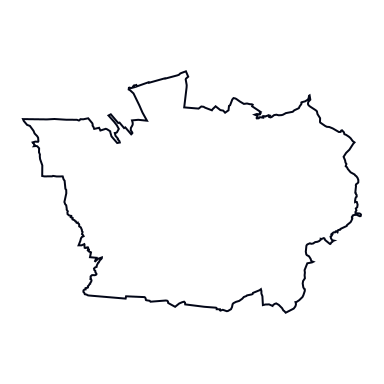 the district of Valenii De Munte, Prahova, Romania
{"feature_id": "2599482B21871651399137", "entity_name": "Valenii De Munte", "entity_type": "district", "adm_level": 2, "iso_a3": "ROU", "parent_name": "Romania", "parent_adm1": "Prahova", "projection": "natural_earth1", "projection_center": [26.048, 45.192], "detail": "fine", "context": "isolated", "style": "outline", "palette": "ink", "viewbox_px": 384, "rotation_deg": 0, "n_neighbors": 0, "source": "geoboundaries", "source_scale": "gbopen_adm2", "svg_char_len": 5944}
<svg xmlns="http://www.w3.org/2000/svg" viewBox="0 0 384 384"><path d="M299.2,300.2L302.5,297.0L303.4,295.1L304.8,290.9L304.8,289.2L304.1,288.8L303.3,287.3L302.7,283.5L303.1,281.0L304.9,278.3L304.6,275.2L304.9,272.7L304.6,270.1L307.3,263.3L312.0,262.4L313.2,261.8L311.6,261.2L311.2,260.7L310.6,258.8L309.0,256.3L306.8,255.1L306.3,254.4L305.8,251.7L306.4,245.8L306.8,245.0L307.4,244.4L309.9,243.3L311.2,243.8L313.1,243.5L315.2,242.1L317.4,241.8L319.1,241.1L320.7,239.7L320.7,238.8L321.5,239.0L323.8,238.1L324.4,238.4L325.2,240.1L329.6,243.7L330.1,244.0L330.5,243.8L331.4,242.4L332.4,241.8L332.6,241.1L333.9,240.6L332.1,240.2L331.0,238.3L330.6,236.6L331.3,236.3L332.2,234.7L331.3,234.5L331.3,234.3L333.5,232.4L335.1,232.3L335.7,231.3L336.2,231.3L337.5,232.3L337.7,231.8L337.5,230.7L338.4,230.0L340.0,229.8L340.5,229.3L340.5,228.9L346.7,226.0L347.1,225.0L350.3,222.4L350.9,221.7L352.2,219.0L352.3,218.5L351.9,218.0L351.9,217.0L352.4,216.8L352.7,215.5L354.0,215.0L356.6,214.8L359.7,216.2L360.6,216.1L361.0,214.8L360.7,214.2L359.7,213.5L355.5,213.2L355.5,211.8L356.4,210.4L355.8,208.5L357.2,207.2L357.6,204.7L356.8,202.0L355.8,201.8L355.1,202.1L355.1,200.5L355.5,198.2L356.2,196.9L356.7,196.6L356.6,194.9L356.0,194.2L355.7,192.8L355.3,192.7L356.0,186.1L355.8,185.2L356.1,184.3L357.7,183.1L358.3,182.3L358.3,179.9L357.5,177.8L356.4,176.3L355.1,175.3L354.6,174.5L350.6,172.3L347.8,169.0L347.0,167.3L345.7,166.2L346.4,164.0L345.5,162.6L345.1,160.4L343.6,156.8L346.1,152.9L349.4,149.7L353.2,143.8L354.5,142.4L352.7,141.1L350.6,138.2L348.9,136.7L346.0,134.8L344.4,134.2L343.9,132.3L342.0,130.3L341.2,130.6L340.6,131.9L338.9,132.0L332.7,128.4L329.3,127.0L326.9,126.8L325.4,126.1L320.3,122.6L320.0,122.0L320.1,118.2L317.5,114.1L316.9,111.3L315.7,110.2L310.0,106.5L308.7,105.4L308.1,104.5L308.0,103.1L308.4,101.7L310.3,99.7L309.6,95.4L309.0,95.8L308.8,97.5L308.0,99.5L305.2,101.3L301.5,102.3L301.3,102.7L301.5,103.5L301.2,104.3L299.7,106.3L298.8,108.2L294.3,110.3L292.7,111.8L285.9,113.1L283.0,114.7L281.6,115.1L278.7,115.3L276.4,114.7L274.1,115.1L271.8,116.9L270.6,117.4L269.1,117.0L269.0,116.6L269.8,115.6L268.4,115.2L268.1,115.7L266.2,116.0L265.6,116.5L263.8,116.1L262.7,116.3L262.6,116.9L263.5,117.4L263.4,117.7L259.9,117.2L258.7,118.3L256.8,118.4L256.6,118.0L257.5,116.5L257.5,115.9L254.8,114.7L256.9,114.0L259.7,114.5L260.0,114.3L259.8,113.3L260.6,112.9L260.0,112.0L260.4,111.8L252.1,106.3L252.7,104.7L251.9,104.3L249.9,104.2L247.0,103.5L243.9,103.9L240.0,101.6L236.2,98.9L235.1,98.4L233.5,98.1L232.3,99.5L230.1,105.2L229.0,105.9L228.5,110.3L225.1,112.7L223.2,110.6L220.4,110.1L215.6,106.3L212.7,109.1L211.9,110.3L205.1,107.7L203.6,106.8L201.3,106.5L198.6,108.6L184.2,107.4L186.6,87.3L186.7,85.1L185.7,79.4L186.0,78.6L188.2,76.7L185.9,71.3L181.1,73.1L180.1,73.6L178.9,74.8L177.2,75.4L165.2,78.6L165.1,78.3L164.6,78.4L148.9,82.8L148.7,82.2L136.8,86.4L136.3,85.0L134.8,85.5L134.2,85.3L133.2,86.3L134.4,87.2L131.1,88.1L130.6,88.1L129.7,87.6L128.9,87.8L128.7,89.5L130.0,90.2L133.5,93.4L139.3,105.3L142.5,112.6L147.0,120.7L138.2,119.8L132.0,120.4L132.7,122.8L132.7,124.3L132.4,125.3L130.9,127.9L130.8,129.3L130.8,130.3L132.3,132.5L132.3,133.3L131.2,134.3L125.3,127.4L124.1,128.1L119.5,122.6L118.2,123.0L110.8,114.3L108.5,115.5L114.2,121.9L116.9,125.4L118.8,128.9L117.0,132.2L116.4,132.7L114.8,133.0L115.5,135.8L117.8,138.5L118.0,138.9L117.8,139.3L119.4,141.1L119.8,142.5L117.2,143.0L111.5,136.4L110.3,132.3L110.2,131.3L107.1,129.3L105.8,128.8L100.4,130.5L99.1,127.8L94.2,128.9L93.4,126.8L92.6,125.7L92.7,124.9L92.4,123.4L88.2,118.3L83.2,119.3L80.4,119.2L79.5,120.3L78.9,120.5L76.9,119.8L65.7,119.7L54.4,119.0L47.0,119.4L23.0,119.1L23.8,121.0L27.1,124.9L29.9,125.9L33.5,130.8L34.6,133.5L37.2,136.2L38.1,137.7L38.4,141.2L38.0,141.8L35.4,141.6L32.6,142.4L32.9,143.0L33.8,143.4L34.0,144.3L34.7,145.0L33.9,146.2L36.2,146.0L37.3,146.3L39.1,148.3L39.0,152.3L39.9,154.5L39.8,156.3L40.1,159.1L42.3,165.4L42.2,176.0L44.4,176.4L52.2,176.3L53.0,175.9L56.8,176.5L62.7,176.4L63.6,179.4L64.6,180.7L65.4,188.8L66.2,189.9L66.3,193.3L64.4,202.0L65.2,204.2L66.2,205.3L66.7,208.5L66.7,209.7L67.8,211.3L67.4,212.4L67.6,214.2L69.4,215.6L71.3,215.9L71.4,216.5L70.9,217.3L72.7,218.1L72.4,219.0L72.5,219.4L74.6,220.3L75.3,221.3L75.9,221.4L76.5,222.7L77.0,222.9L77.8,222.6L78.0,223.3L78.9,223.9L79.2,224.5L79.2,226.4L80.8,227.4L81.9,230.0L81.9,231.0L82.6,232.0L82.0,234.1L83.1,235.2L83.6,236.2L81.9,237.0L81.0,238.3L80.3,241.0L78.6,245.3L81.6,245.3L84.3,244.1L84.5,244.6L84.4,245.4L84.7,247.8L85.8,248.0L87.2,247.3L87.9,247.3L88.2,248.0L88.0,249.2L89.0,249.6L89.0,249.9L88.0,250.6L89.2,251.7L90.6,252.1L90.6,252.8L90.9,252.8L90.0,257.2L96.5,257.8L94.7,261.8L98.1,258.8L101.9,257.4L101.9,258.0L101.2,259.1L100.0,260.1L98.6,262.6L98.1,262.8L96.8,265.5L96.6,266.9L95.3,267.3L94.0,268.5L94.4,270.2L95.3,270.9L95.5,272.5L96.4,273.6L96.4,274.4L95.8,274.9L94.8,275.2L92.1,275.1L90.8,276.2L90.5,277.0L90.9,278.3L90.4,279.0L91.3,279.7L91.5,280.4L91.2,281.7L90.4,282.6L90.2,283.8L89.6,284.0L88.8,285.4L87.9,286.2L88.0,287.3L87.7,287.7L85.6,288.1L85.6,289.4L84.5,289.5L83.5,290.4L83.4,291.9L84.2,292.7L84.8,294.2L86.7,294.6L87.5,295.2L88.8,295.5L125.6,298.6L126.1,296.3L144.4,297.1L145.1,297.5L145.6,298.4L145.9,300.0L146.2,300.2L149.7,300.8L150.5,301.7L165.8,300.5L167.1,300.7L167.9,301.4L168.2,303.0L175.1,306.8L179.2,303.5L182.2,302.2L184.1,301.7L185.0,302.6L185.2,304.4L204.4,306.8L216.0,307.7L216.7,308.3L216.7,309.2L220.0,309.3L220.0,310.3L220.4,310.6L222.8,309.8L226.8,311.2L227.9,311.0L231.0,309.2L232.0,307.1L232.6,304.2L233.4,303.2L235.9,301.9L239.2,300.9L242.3,298.7L243.8,297.0L246.4,296.0L247.0,295.4L251.8,294.4L252.6,294.0L253.0,292.9L259.6,290.2L260.9,289.2L261.4,291.1L261.4,293.6L262.4,296.2L262.9,305.1L265.5,304.5L269.1,304.4L272.5,305.9L272.6,305.5L274.5,304.0L276.2,303.4L278.8,304.9L282.1,308.2L283.3,310.4L284.3,311.1L285.7,312.7L293.7,308.6L295.3,306.5L295.7,305.4L296.0,304.0L295.5,302.1L296.5,302.0L299.2,300.2Z" fill="none" stroke="#020617" stroke-width="2"/></svg>